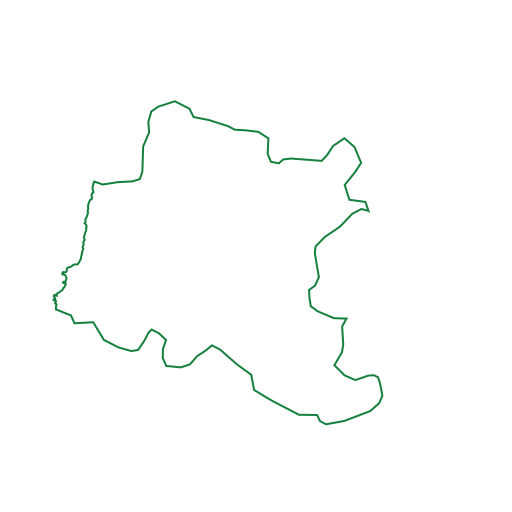 Akhuryan, Shirak, Armenia, rotated 28°
{"feature_id": "60910142B23641849516282", "entity_name": "Akhuryan", "entity_type": "district", "adm_level": 2, "iso_a3": "ARM", "parent_name": "Armenia", "parent_adm1": "Shirak", "projection": "mercator", "projection_center": [43.836, 40.81], "detail": "fine", "context": "isolated", "style": "outline", "palette": "green", "viewbox_px": 512, "rotation_deg": 28, "n_neighbors": 0, "source": "geoboundaries", "source_scale": "gbopen_adm2", "svg_char_len": 3048}
<svg xmlns="http://www.w3.org/2000/svg" viewBox="0 0 512 512"><g transform="rotate(28 256 256)"><path d="M334.1,163.4L327.2,156.9L312.1,162.5L301.0,151.7L304.1,135.3L305.1,124.4L291.9,113.6L278.8,110.5L272.4,122.6L271.4,133.5L269.3,141.2L256.4,146.8L241.2,153.5L234.7,158.0L232.6,163.5L225.0,165.8L218.4,160.4L211.7,146.3L199.7,145.3L187.8,149.9L178.1,154.4L170.5,154.5L150.9,158.0L135.7,162.6L128.0,157.2L111.7,157.5L102.8,166.7L99.9,169.6L95.7,177.4L98.0,188.2L101.2,193.2L103.6,196.9L104.4,206.0L104.9,212.2L116.1,234.9L117.3,242.6L111.9,248.1L99.0,255.9L87.2,264.8L78.2,266.2L78.5,268.2L79.0,270.2L79.3,271.7L80.0,273.3L81.0,274.5L82.3,275.5L82.6,276.5L82.0,277.3L81.9,278.6L82.4,279.9L83.3,280.8L84.1,281.6L84.2,283.1L83.4,283.7L83.3,285.0L83.3,286.6L83.3,287.5L83.9,289.5L84.2,290.6L84.4,291.1L85.3,292.3L85.7,293.2L86.0,294.4L86.5,295.6L87.4,296.8L87.8,299.0L88.2,301.0L88.1,303.0L88.4,304.3L89.3,305.7L89.4,305.8L89.4,307.6L90.6,307.8L91.6,308.4L92.6,309.5L92.9,310.9L93.5,312.0L94.1,313.3L94.1,314.5L94.2,315.4L94.5,316.4L94.5,316.7L94.6,317.1L94.9,318.2L95.1,319.1L95.2,320.3L96.1,321.2L97.2,322.1L97.0,323.7L97.2,325.3L97.9,326.2L98.6,327.1L98.5,328.7L98.9,329.8L100.0,330.5L100.3,331.9L100.4,333.1L100.7,334.2L100.9,335.3L101.5,336.0L101.5,336.9L102.0,339.0L102.2,339.3L102.7,340.5L102.7,341.6L102.7,343.5L102.7,345.7L102.2,347.3L101.8,347.5L100.1,348.4L98.9,349.6L98.1,351.5L97.1,352.9L95.7,354.0L94.9,355.6L95.1,356.6L95.8,357.7L96.0,358.6L95.7,359.5L95.0,360.2L93.6,360.5L93.0,361.3L93.2,362.5L93.7,363.0L94.4,362.5L94.8,362.8L96.4,362.4L97.2,362.9L98.5,363.9L98.6,364.0L99.4,365.3L99.7,367.2L99.6,368.1L99.1,368.5L98.3,369.0L98.1,370.1L99.3,370.2L100.5,369.5L101.2,369.8L101.4,371.8L101.4,373.5L101.0,374.8L101.1,376.4L100.3,378.5L99.0,381.0L98.4,382.0L97.8,382.9L98.0,383.7L98.7,384.5L98.1,384.6L97.2,384.5L96.2,385.3L96.1,385.8L96.4,386.6L97.5,386.8L98.2,387.4L99.0,388.3L98.9,388.5L97.8,389.0L97.8,389.9L98.7,390.0L99.4,389.3L100.2,389.5L100.7,389.9L100.7,391.1L100.9,392.1L101.4,391.9L102.1,392.1L102.9,392.9L102.9,394.0L103.6,395.4L103.6,395.5L104.5,397.1L115.5,395.9L120.5,395.3L127.3,400.6L143.4,390.9L161.1,401.5L177.2,401.3L181.1,400.5L190.7,398.4L196.0,394.3L197.2,383.5L197.1,374.0L198.4,369.9L206.5,369.8L216.0,372.4L217.5,381.8L221.6,389.9L228.4,395.2L241.8,389.7L248.5,382.8L251.1,371.9L254.0,366.7L256.3,362.4L259.0,355.6L268.4,355.5L279.6,358.2L290.1,360.6L297.5,361.7L307.6,363.1L317.2,375.2L329.5,375.9L338.8,376.3L359.0,376.1L368.5,376.0L377.8,371.2L384.6,367.7L390.0,371.7L396.8,371.7L406.1,364.4L411.6,360.0L416.3,354.6L424.2,345.5L429.6,339.4L433.8,328.3L433.3,320.4L430.7,316.8L425.2,310.2L420.7,305.8L416.1,305.9L411.4,308.8L405.8,314.8L401.9,318.9L390.1,319.8L376.5,315.6L377.1,300.5L374.5,293.0L372.8,290.3L365.1,277.7L365.3,268.8L354.0,274.3L343.8,275.2L336.1,275.9L332.0,275.2L327.9,274.6L322.8,267.8L318.8,261.0L322.0,254.5L321.5,245.2L308.9,228.9L306.7,226.0L304.1,219.6L307.9,206.7L316.3,190.9L321.2,173.5L327.0,165.0L333.9,163.4L334.1,163.4Z" fill="none" stroke="#15803d" stroke-width="2"/></g></svg>